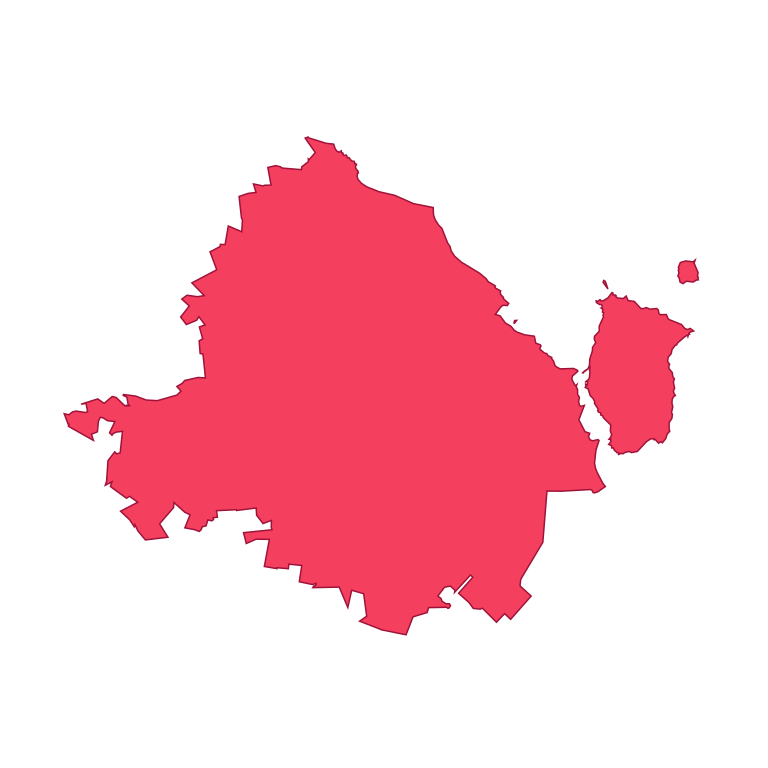 the district of Hermosillo, Sonora, Mexico, rotated 176°
{"feature_id": "50627088B25746055261470", "entity_name": "Hermosillo", "entity_type": "district", "adm_level": 2, "iso_a3": "MEX", "parent_name": "Mexico", "parent_adm1": "Sonora", "projection": "robinson", "projection_center": [-112.148, 28.969], "detail": "fine", "context": "isolated", "style": "filled", "palette": "rose", "viewbox_px": 768, "rotation_deg": 176, "n_neighbors": 0, "source": "geoboundaries", "source_scale": "gbopen_adm2", "svg_char_len": 6112}
<svg xmlns="http://www.w3.org/2000/svg" viewBox="0 0 768 768"><g transform="rotate(176 384 384)"><path d="M170.3,266.3L172.5,269.4L177.5,280.8L178.9,285.3L179.5,290.4L177.2,303.1L173.4,312.7L174.5,313.6L179.7,312.8L182.2,313.8L183.7,317.1L182.2,320.5L186.8,322.4L192.1,334.7L185.6,348.7L189.0,347.9L190.4,349.0L191.1,352.8L190.0,357.2L191.6,360.0L191.3,365.2L192.5,367.9L191.6,370.0L192.7,369.2L191.9,369.6L192.3,368.8L193.5,369.4L196.3,375.5L195.5,378.8L190.3,382.7L189.7,383.4L190.2,384.3L193.9,386.3L207.2,386.8L210.4,388.8L212.1,390.4L213.3,395.1L215.1,397.9L214.8,398.8L218.5,400.9L219.4,402.9L221.9,403.8L225.8,407.6L225.9,409.2L224.7,410.9L225.3,412.2L229.7,414.1L230.7,421.2L240.4,423.3L247.6,426.5L250.4,428.6L253.4,432.8L258.7,436.4L263.5,444.0L268.1,445.6L262.2,452.6L259.6,454.3L255.5,453.6L254.0,455.7L258.9,460.7L258.8,462.1L261.3,465.0L261.7,467.9L261.1,468.7L266.1,471.9L266.6,473.3L266.1,474.1L272.9,478.8L274.9,482.1L280.7,487.7L298.1,500.0L304.6,506.5L307.6,511.9L308.6,516.7L310.7,520.3L315.4,535.3L318.4,538.7L321.6,544.6L322.8,549.5L322.6,556.6L342.1,561.9L360.2,571.5L375.6,576.2L387.5,581.9L392.8,586.1L395.6,589.9L396.3,592.5L396.0,595.4L394.8,596.4L395.4,597.4L395.0,598.1L397.2,601.1L397.2,603.5L396.1,604.6L396.8,605.9L397.8,605.8L398.2,608.2L400.8,608.8L403.2,612.4L404.8,612.3L405.5,615.0L408.3,614.9L409.2,616.3L408.7,617.0L410.2,617.9L410.4,619.6L412.3,618.4L414.4,619.2L416.2,621.8L417.5,626.8L425.1,628.2L442.5,635.0L442.6,635.7L445.5,634.8L436.4,619.7L442.9,613.1L443.8,613.9L443.9,611.1L450.8,606.5L451.5,603.6L470.3,606.5L472.6,608.1L477.0,609.4L484.8,608.1L482.8,590.3L489.6,590.6L490.4,589.9L500.3,592.7L498.3,584.1L506.4,583.6L515.5,581.2L514.6,559.5L513.8,557.4L515.3,545.8L528.3,552.5L532.8,534.2L537.5,534.7L537.9,532.6L548.3,528.0L542.9,509.6L568.6,498.3L557.2,484.7L564.0,484.1L574.3,486.3L579.8,482.8L572.8,475.4L582.2,465.0L577.0,457.1L566.4,460.7L564.0,464.1L558.4,455.4L564.2,453.8L561.7,441.7L565.4,440.0L565.3,427.2L562.5,426.5L561.7,402.5L569.1,403.5L582.6,401.4L585.3,398.7L590.8,396.0L587.0,391.0L591.4,387.4L611.3,383.2L622.3,384.6L632.6,389.3L644.6,391.7L645.0,390.9L641.4,388.7L640.6,380.7L639.4,380.3L640.0,379.9L642.4,380.7L642.5,380.0L643.9,380.2L652.2,389.3L656.0,390.5L664.5,384.2L670.6,389.1L687.6,385.0L682.6,385.4L681.6,377.1L683.7,376.4L693.3,378.5L696.8,377.8L700.6,375.3L705.1,376.7L701.8,365.7L701.1,365.7L701.8,363.8L677.8,348.0L679.3,354.3L673.2,356.3L671.5,366.7L669.3,370.6L666.4,369.7L662.4,366.7L655.1,365.3L661.2,354.4L658.9,351.9L657.4,353.6L654.3,354.7L648.2,355.0L652.0,333.7L655.6,333.0L657.3,335.1L664.7,326.8L667.5,306.5L669.1,302.4L662.2,305.4L664.1,300.8L648.9,288.0L645.7,289.7L637.9,283.2L655.7,275.5L647.2,266.3L643.1,259.0L642.3,261.1L639.7,254.5L632.9,245.1L610.2,246.2L617.6,260.2L602.6,275.3L601.8,280.4L591.7,270.0L586.6,267.0L592.7,254.4L583.1,251.9L578.6,249.8L576.7,251.2L575.3,254.2L571.4,254.9L569.2,260.7L565.3,259.5L563.5,260.6L563.7,262.5L559.5,262.7L559.9,269.3L540.1,268.9L539.9,268.1L520.2,269.2L520.2,261.9L514.4,253.2L505.8,255.8L506.5,248.8L505.9,246.4L534.5,245.5L532.5,234.5L522.4,238.1L509.2,237.0L516.1,210.3L503.7,207.3L503.7,208.2L492.3,206.4L491.5,210.9L478.7,208.7L482.3,192.6L469.2,188.9L465.8,189.9L465.5,189.1L466.6,187.6L468.2,187.3L469.2,185.8L442.8,184.5L435.7,163.6L430.6,180.5L418.9,176.2L417.5,153.5L424.9,149.1L402.9,138.7L379.5,132.3L371.3,149.7L356.9,153.0L355.1,157.8L337.2,156.9L335.9,155.8L334.6,156.1L333.1,158.3L334.1,160.2L337.8,160.6L341.2,163.2L342.1,166.1L345.1,168.7L337.8,177.0L331.9,177.8L327.6,173.3L328.1,171.3L311.0,187.4L308.9,185.0L324.2,170.0L314.5,160.1L310.6,153.9L303.7,152.7L301.4,153.4L288.4,138.5L279.7,146.5L274.1,140.4L252.0,162.2L262.4,173.1L261.2,179.7L236.6,215.0L228.9,265.8L214.2,264.7L185.5,264.3L183.9,263.5L183.0,261.1L181.6,260.7L178.1,261.6L170.3,266.3ZM155.6,297.0L153.1,298.1L150.2,297.8L148.1,299.1L144.0,299.5L141.9,298.3L136.0,299.0L126.3,308.1L121.9,310.6L118.6,310.6L118.6,309.6L117.1,309.5L114.3,305.8L112.2,307.1L110.4,305.9L106.8,309.8L105.0,314.2L102.2,317.0L102.7,319.0L102.3,325.5L99.2,329.6L98.4,333.6L99.2,335.3L97.5,341.2L98.1,345.0L97.5,348.7L96.0,351.3L94.1,352.2L95.5,354.5L95.7,357.2L94.4,359.3L95.2,365.9L93.9,368.8L95.4,371.2L95.6,375.3L98.5,379.3L98.7,381.6L97.7,383.8L99.5,386.6L98.7,390.8L95.4,394.2L94.2,398.4L90.8,402.2L89.4,402.6L88.1,404.6L81.1,409.9L78.5,411.4L77.7,411.3L77.5,410.3L76.8,412.1L75.7,412.4L76.3,413.2L75.6,414.2L71.4,415.3L74.7,418.1L77.2,417.2L79.9,418.2L83.1,422.6L94.7,428.2L96.1,429.4L97.5,433.6L103.6,433.9L104.8,435.1L105.2,438.8L106.8,440.3L113.4,440.1L117.1,442.0L119.8,441.1L122.5,441.4L128.5,448.9L134.7,450.2L136.3,454.9L139.3,452.6L145.0,453.5L146.7,455.1L146.3,455.9L146.9,456.6L149.4,456.9L149.3,458.9L150.3,459.2L154.5,454.4L159.7,451.6L161.6,451.7L162.6,453.1L165.2,451.5L166.6,452.1L166.4,450.4L163.2,448.1L161.6,448.1L160.9,446.7L161.1,444.8L162.1,444.6L160.5,443.3L161.1,440.5L159.8,439.8L160.7,437.3L160.4,435.6L165.3,426.7L165.6,421.6L170.7,416.9L171.1,414.0L169.9,410.5L173.4,406.0L173.8,402.6L177.0,394.5L177.8,388.1L179.5,385.0L183.2,382.9L185.1,381.3L184.0,380.8L184.7,381.4L179.5,384.9L177.6,388.1L177.2,385.8L178.1,383.8L177.7,382.0L178.7,375.9L179.7,374.2L183.4,371.6L180.6,373.3L181.3,368.6L182.8,367.4L182.1,368.8L183.3,370.5L182.5,368.7L183.5,366.5L180.8,365.0L179.1,358.0L176.6,355.2L175.0,351.7L175.4,350.0L172.1,344.0L172.7,342.4L171.9,341.0L170.0,340.2L169.8,337.8L168.1,337.0L167.4,334.9L160.7,327.3L161.5,321.3L160.5,317.7L161.5,315.2L163.5,313.1L163.1,312.9L162.8,313.0L162.0,312.8L161.9,312.9L163.3,313.2L162.0,314.3L161.6,310.8L164.1,308.0L161.4,306.8L161.3,304.3L159.7,304.3L158.6,301.5L156.4,299.6L157.0,299.5L153.2,298.2L155.6,297.0ZM81.6,465.1L78.8,463.2L75.4,465.4L68.3,464.2L65.5,465.8L63.1,466.0L63.6,467.8L63.0,468.4L63.8,469.6L62.9,473.2L66.2,482.8L65.0,485.9L67.1,484.3L74.5,485.7L79.9,484.5L82.3,479.6L81.7,478.2L82.5,477.0L82.0,474.5L83.3,471.1L82.1,469.2L81.6,465.1ZM158.4,470.2L154.0,463.2L156.1,471.0L157.5,472.0L158.4,470.2ZM249.3,438.2L250.1,435.8L249.6,435.6L247.2,438.2L249.3,438.2Z" fill="#f43f5e" stroke="#9f1239" stroke-width="1.5"/></g></svg>